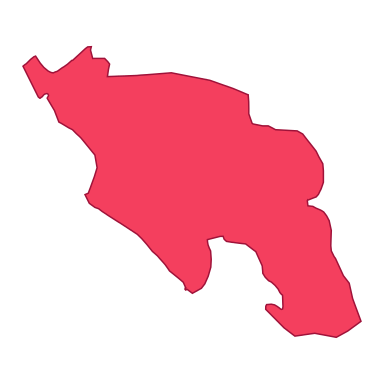 outline of Ash Sha'ir, Ibb, Yemen
{"feature_id": "15242507B78459135139999", "entity_name": "Ash Sha'ir", "entity_type": "district", "adm_level": 2, "iso_a3": "YEM", "parent_name": "Yemen", "parent_adm1": "Ibb", "projection": "natural_earth1", "projection_center": [44.362, 14.033], "detail": "fine", "context": "isolated", "style": "filled", "palette": "rose", "viewbox_px": 384, "rotation_deg": 0, "n_neighbors": 0, "source": "geoboundaries", "source_scale": "gbopen_adm2", "svg_char_len": 3050}
<svg xmlns="http://www.w3.org/2000/svg" viewBox="0 0 384 384"><path d="M248.1,94.8L233.1,88.5L219.4,83.7L214.4,81.9L209.8,80.3L182.6,75.0L171.4,72.8L146.1,74.8L141.0,75.1L136.9,75.5L124.5,76.0L117.5,76.2L115.8,76.3L107.4,76.6L108.5,69.2L109.6,64.1L107.8,61.7L104.6,58.4L99.1,58.4L94.7,58.4L92.7,58.5L90.5,50.1L91.3,46.7L87.7,46.9L85.4,48.6L72.6,60.4L71.8,60.4L67.4,64.3L63.0,67.4L62.7,67.4L57.3,71.3L55.1,72.0L53.2,72.9L50.8,72.4L48.1,71.0L45.1,68.5L43.8,67.4L40.2,63.1L35.6,56.1L34.6,56.5L34.0,56.7L32.6,57.8L30.7,59.3L26.2,63.8L25.2,64.4L23.0,66.2L38.3,97.0L39.8,98.2L40.4,98.1L41.3,97.2L41.7,97.1L42.1,96.8L42.9,95.9L43.5,95.1L44.3,94.4L45.1,94.0L46.2,93.7L46.5,93.6L47.2,93.6L47.8,93.9L48.4,95.0L48.5,95.7L48.1,96.6L47.5,97.3L47.3,97.9L47.2,98.3L54.5,110.6L55.2,112.5L58.9,122.1L61.4,123.4L65.9,126.1L68.7,127.8L72.5,129.7L76.3,133.6L79.4,136.4L80.9,137.9L83.0,140.4L83.4,140.9L86.5,144.7L92.6,152.2L94.8,154.9L94.9,155.0L97.1,167.7L94.4,176.6L90.6,187.0L90.5,187.4L89.7,189.4L88.3,193.2L85.0,194.6L89.3,203.3L94.9,207.4L98.6,208.7L102.2,211.5L108.4,215.6L117.6,221.5L119.2,222.5L119.6,222.7L121.0,223.6L137.3,234.3L141.8,238.7L146.8,244.4L147.3,245.0L149.2,247.4L152.4,251.4L157.4,255.8L157.5,255.9L158.0,256.5L159.8,258.6L162.4,261.5L165.2,264.7L167.9,268.5L168.9,270.0L169.5,270.9L169.6,271.0L177.8,277.6L180.3,279.7L181.1,280.4L183.3,282.3L185.4,287.1L185.3,287.5L185.9,288.0L184.9,289.0L185.6,290.0L187.2,289.4L192.4,293.3L201.4,288.3L204.8,283.9L207.4,278.0L208.2,276.2L210.8,267.2L211.2,259.5L211.2,259.4L210.6,250.9L209.3,248.2L208.0,244.7L207.5,241.7L207.4,239.6L220.1,236.4L223.1,236.3L224.2,239.3L226.5,241.4L227.2,241.5L228.4,241.7L229.1,241.8L232.1,242.3L233.5,242.4L234.6,242.6L241.7,243.5L245.6,243.9L252.0,248.8L254.1,250.4L255.8,251.6L262.1,265.6L262.2,265.8L262.7,271.3L262.8,273.3L265.2,277.2L268.6,280.7L271.4,282.1L275.1,285.4L278.1,289.0L279.9,292.5L281.2,294.1L282.5,295.2L282.6,296.6L282.9,304.9L283.0,306.3L282.6,309.0L281.6,309.4L280.5,309.0L279.5,308.1L277.3,306.5L274.6,304.9L271.3,304.2L266.6,304.6L265.8,306.2L265.7,309.3L284.1,327.9L293.3,334.9L294.9,336.1L302.1,335.1L303.9,334.8L309.5,334.0L310.2,333.9L314.8,333.3L320.7,334.4L321.9,334.6L336.3,337.3L347.8,331.0L361.0,321.3L354.6,304.0L352.6,298.5L349.2,283.2L343.4,275.7L335.5,258.5L334.1,256.6L331.3,250.9L330.8,245.8L330.9,242.2L331.2,232.6L331.3,230.5L329.1,220.4L328.6,219.7L327.5,217.5L326.5,215.7L323.7,212.0L321.7,210.7L320.4,210.0L315.9,208.1L312.9,206.4L308.5,205.9L307.9,205.8L307.6,203.1L307.5,202.4L307.3,200.7L307.7,199.9L307.9,200.1L313.5,197.9L316.2,196.9L318.4,194.4L320.3,190.5L320.4,190.4L320.9,189.4L321.2,188.6L321.3,188.4L322.7,184.4L323.4,182.3L323.4,178.5L323.4,174.5L323.4,170.8L322.8,163.8L322.3,162.9L318.9,156.9L316.1,151.2L315.8,150.8L311.6,145.4L311.1,144.8L306.6,139.1L302.7,134.0L298.6,131.7L297.2,130.9L275.5,129.7L272.0,127.8L271.6,127.6L268.3,125.9L262.7,125.9L253.2,124.0L252.1,123.3L251.7,122.2L248.8,113.9L248.8,109.4L248.8,108.5L248.7,101.8L248.2,94.8L248.1,94.8Z" fill="#f43f5e" stroke="#9f1239" stroke-width="1.5"/></svg>